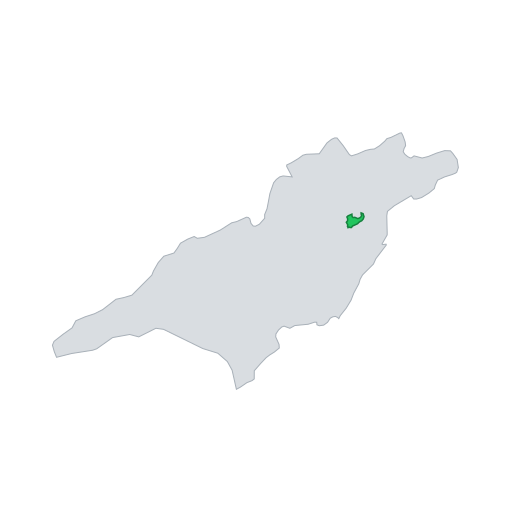 Georgia, with Tbilisi highlighted, rotated 308°
{"feature_id": "GEO-3036", "entity_name": "Tbilisi", "entity_type": "Independent City", "adm_level": 1, "iso_a3": "GEO", "parent_name": "Georgia", "parent_adm1": "", "projection": "orthographic", "projection_center": [44.846, 41.71], "detail": "fine", "context": "in_parent", "style": "filled", "palette": "green", "viewbox_px": 512, "rotation_deg": 308, "n_neighbors": 0, "source": "natural_earth", "source_scale": "10m", "svg_char_len": 2575}
<svg xmlns="http://www.w3.org/2000/svg" viewBox="0 0 512 512"><g transform="rotate(308 256 256)"><path d="M257.6,359.8L257.8,358.2L257.3,355.8L255.4,354.0L252.7,352.8L247.8,353.2L243.2,351.9L240.0,348.8L239.3,346.4L241.2,344.6L239.9,342.9L234.3,339.1L225.1,329.4L219.9,327.2L218.0,321.3L215.9,320.0L211.5,319.3L206.8,319.7L205.8,320.4L204.4,321.3L200.5,328.6L197.8,331.0L191.6,329.6L186.4,327.7L182.2,326.6L173.9,325.8L164.5,325.3L158.0,330.3L155.3,329.6L150.6,326.8L143.0,324.4L138.9,322.6L151.3,307.5L155.2,298.4L155.5,292.8L155.9,285.8L150.3,271.0L145.9,250.1L141.3,228.3L137.4,221.6L120.1,213.4L116.4,204.8L103.4,193.2L84.8,187.6L81.2,185.3L65.6,170.7L53.4,161.2L56.4,156.0L60.4,150.5L64.4,149.4L75.7,152.2L86.1,155.3L94.0,153.9L102.9,158.8L111.1,164.3L119.4,168.2L135.7,172.3L141.7,177.3L148.7,182.3L176.8,185.7L179.1,185.0L181.2,184.4L190.7,183.0L199.1,183.5L207.8,189.5L213.5,189.3L219.6,188.6L227.3,191.8L233.3,195.3L233.8,198.8L239.0,203.9L254.5,211.9L267.2,216.4L271.1,219.5L280.7,224.6L281.6,226.2L281.4,228.3L278.6,232.0L277.9,235.3L279.1,237.2L283.1,239.1L291.1,239.6L294.0,237.3L300.0,235.6L305.9,232.6L313.8,228.5L324.6,224.8L328.8,224.9L333.0,226.0L335.8,228.1L340.6,235.8L345.5,225.0L346.7,224.2L351.1,226.4L358.9,229.4L364.3,230.9L367.2,233.1L375.5,242.9L388.8,242.3L394.5,243.7L397.5,245.3L398.9,247.2L396.6,256.9L393.4,267.1L393.7,269.6L399.1,273.3L406.5,277.3L410.5,280.5L413.2,283.4L419.0,285.5L425.9,286.8L429.1,286.9L432.5,289.3L441.5,293.7L442.6,294.8L441.2,297.8L437.7,303.3L435.0,306.0L431.9,306.5L428.8,307.8L427.8,310.7L427.7,314.4L428.2,317.1L429.1,318.1L432.2,318.9L435.5,326.6L440.5,330.5L448.2,334.9L455.2,339.8L458.6,344.5L458.0,347.9L455.9,355.0L450.3,361.0L445.6,362.6L443.9,362.1L440.8,360.3L434.4,355.9L427.6,352.4L422.3,353.6L418.9,355.0L412.1,353.5L404.0,350.5L399.8,347.5L398.0,345.2L399.1,341.2L380.9,334.1L372.1,332.1L368.2,334.3L354.8,345.3L353.3,346.4L343.0,347.9L343.0,348.8L345.4,351.2L344.9,351.9L327.7,352.1L322.0,353.5L306.7,351.6L301.7,352.4L297.4,354.1L286.9,355.9L279.7,358.1L270.4,359.2L260.9,359.1L257.6,359.8Z" fill="#d9dde1" stroke="#a8b0b8" stroke-width="1"/><path d="M342.7,303.6L344.3,303.8L348.0,305.8L346.2,307.5L346.1,308.9L347.3,310.0L347.7,311.4L348.0,312.9L348.9,313.7L350.0,314.3L351.5,314.6L352.9,314.3L353.7,313.1L354.7,312.3L355.3,314.3L353.5,316.9L351.2,317.7L348.8,317.6L347.0,316.7L345.5,316.3L344.0,316.2L339.0,313.6L337.2,313.7L336.3,312.5L336.1,311.4L335.0,311.1L335.8,309.7L337.0,309.2L338.2,306.4L340.0,306.5L341.7,305.4L342.7,303.6Z" fill="#22c55e" stroke="#15803d" stroke-width="1.5"/></g></svg>